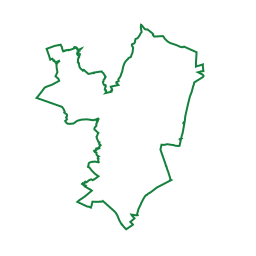 Suceava, Suceava, Romania, rotated 350°
{"feature_id": "2599482B51087359831243", "entity_name": "Suceava", "entity_type": "district", "adm_level": 2, "iso_a3": "ROU", "parent_name": "Romania", "parent_adm1": "Suceava", "projection": "natural_earth1", "projection_center": [26.251, 47.664], "detail": "fine", "context": "isolated", "style": "outline", "palette": "green", "viewbox_px": 256, "rotation_deg": 350, "n_neighbors": 0, "source": "geoboundaries", "source_scale": "gbopen_adm2", "svg_char_len": 5563}
<svg xmlns="http://www.w3.org/2000/svg" viewBox="0 0 256 256"><g transform="rotate(350 128 128)"><path d="M105.0,221.8L105.2,221.7L106.7,224.6L108.6,227.4L115.9,224.2L116.1,224.0L116.0,223.8L114.0,220.9L118.7,218.1L116.6,214.7L116.3,213.9L120.8,215.4L122.3,215.5L122.0,214.4L124.2,209.7L127.9,204.6L127.9,204.3L131.5,199.7L132.9,198.2L134.3,197.2L134.8,197.3L136.2,196.3L139.0,195.3L146.2,191.6L161.5,186.8L160.6,186.2L160.9,185.7L160.4,181.4L159.9,177.6L159.5,175.8L159.1,172.3L158.8,172.2L158.6,169.6L156.2,154.9L158.1,150.3L160.5,150.9L164.1,150.8L166.8,151.8L169.8,152.7L171.8,153.8L174.4,154.4L175.4,154.6L175.7,154.4L178.0,148.7L177.4,148.4L177.7,148.0L178.3,148.3L178.7,147.8L178.4,147.7L178.8,147.6L178.6,147.4L179.9,144.3L180.7,143.0L183.9,134.4L184.1,133.8L183.3,133.1L183.8,132.1L184.6,132.4L185.3,130.4L186.4,126.5L191.4,114.5L194.5,107.6L197.1,103.3L198.1,101.1L198.7,99.9L199.1,98.7L200.1,97.2L201.2,94.6L209.7,91.2L211.2,90.4L211.4,89.4L210.9,88.6L209.8,87.5L209.4,87.4L206.6,85.3L208.1,85.2L209.4,84.9L212.1,85.1L212.5,79.5L212.8,78.4L208.3,79.0L207.0,78.9L205.6,79.3L206.0,76.6L208.7,65.3L197.3,57.6L196.9,57.6L195.9,58.0L194.2,57.4L193.3,57.0L190.3,54.9L184.1,51.5L182.4,50.0L181.8,49.4L179.9,46.7L178.5,43.7L177.9,43.5L169.7,42.5L168.6,40.7L169.1,40.0L168.5,39.0L164.3,34.3L164.1,34.2L163.5,34.3L162.8,34.1L161.7,33.5L159.1,28.8L158.8,28.6L158.4,29.8L158.0,31.9L158.1,35.8L156.9,36.9L155.7,38.6L153.5,40.9L152.3,41.4L151.0,41.6L150.8,41.8L150.2,43.0L150.1,44.1L149.1,45.5L148.1,46.0L146.8,46.1L146.4,46.4L146.1,47.7L146.6,48.5L146.7,49.1L147.0,49.7L146.2,52.5L145.4,54.8L144.7,55.9L144.2,56.4L143.3,58.4L142.1,58.9L141.1,59.1L140.6,59.3L139.8,60.2L139.0,60.5L138.3,61.2L137.1,62.0L135.7,63.7L134.2,66.2L133.7,67.4L133.3,68.2L132.3,71.0L130.2,74.5L130.2,74.8L128.9,76.6L127.4,77.8L127.1,78.3L126.9,78.7L127.0,79.8L126.9,80.3L124.5,80.8L124.4,81.3L124.5,82.0L125.4,82.9L126.0,84.0L118.2,84.3L118.3,84.9L118.9,86.5L119.1,87.6L119.0,87.9L118.2,88.1L118.3,88.6L117.7,88.7L117.8,89.4L111.9,89.7L112.7,89.0L112.8,88.5L113.0,87.6L112.8,87.1L112.6,87.2L112.3,87.1L112.3,86.6L111.8,86.2L112.2,84.8L112.9,84.1L113.1,83.4L113.4,83.1L113.4,82.1L113.3,81.8L112.2,81.8L111.9,81.5L111.4,79.9L111.3,78.2L112.0,77.7L112.4,76.3L113.5,75.5L113.9,75.0L114.3,74.6L114.4,74.4L114.2,74.0L114.8,73.5L114.3,72.7L114.3,72.3L113.9,71.6L113.3,69.8L112.5,69.0L111.8,67.7L103.9,67.5L103.8,68.0L102.8,67.8L98.6,67.9L98.3,67.8L94.5,63.0L94.2,63.0L93.9,63.5L93.6,63.7L93.4,63.2L92.4,62.3L91.3,60.7L90.8,59.3L90.9,57.8L90.7,57.3L90.7,56.5L91.0,55.7L90.0,54.8L90.0,54.5L90.4,53.6L90.5,52.6L90.5,52.2L90.8,51.6L90.7,51.3L91.3,50.7L91.4,50.4L92.2,49.8L92.3,49.6L92.0,48.9L92.5,48.5L93.3,47.5L93.5,47.0L93.2,46.8L92.2,46.7L91.5,47.3L91.1,47.3L91.0,47.1L91.3,47.0L91.1,46.2L91.5,46.1L90.9,45.7L91.2,45.3L91.3,44.9L92.1,44.8L91.8,44.2L92.2,44.0L92.3,43.6L93.1,43.3L93.6,43.5L93.8,42.8L95.7,41.8L95.8,41.7L93.0,42.4L92.7,42.2L92.3,42.2L92.0,41.9L91.7,41.8L91.8,41.2L91.4,41.1L91.2,40.8L91.6,40.4L91.5,40.2L91.0,40.1L90.9,39.6L90.5,39.3L90.3,39.3L90.1,39.6L89.8,39.6L90.0,39.2L89.7,39.0L88.9,39.3L88.9,39.5L89.2,40.1L86.7,40.7L82.9,41.1L82.8,40.7L81.2,40.8L81.1,40.6L79.0,40.8L78.9,41.2L77.5,41.3L77.2,40.1L76.9,38.0L76.9,36.6L76.5,35.8L76.2,34.3L70.2,34.4L61.6,35.9L62.8,43.2L63.3,47.2L65.5,46.6L65.8,47.1L66.3,48.9L67.1,48.7L68.0,50.9L71.7,49.9L71.8,50.5L70.4,50.8L70.1,51.4L69.3,52.3L68.6,52.5L68.2,56.3L68.2,60.7L65.6,64.5L68.0,67.4L68.4,69.6L60.6,72.2L58.8,72.6L57.2,72.7L53.0,73.7L49.0,77.5L44.6,81.4L43.2,82.5L66.8,95.8L68.0,98.6L68.5,101.0L67.9,101.7L68.7,102.5L68.9,102.9L70.0,103.8L70.2,104.3L70.1,105.2L69.8,106.0L69.4,106.7L68.9,106.8L69.2,108.5L69.4,108.8L68.8,109.4L67.3,110.2L68.0,111.8L68.7,112.8L69.4,113.3L71.4,113.8L74.9,114.1L76.5,113.5L78.2,112.5L79.9,112.0L83.6,111.7L88.8,112.3L91.9,113.2L93.9,114.0L95.4,114.3L97.4,114.1L100.2,113.5L100.4,113.6L100.5,114.0L100.1,114.3L100.2,114.7L99.7,115.4L99.5,115.5L99.0,115.2L98.4,115.4L98.3,115.8L98.5,116.0L99.0,116.2L99.1,116.5L97.5,118.3L97.4,118.7L97.5,119.3L97.2,119.8L97.3,120.2L96.4,121.1L95.5,121.6L94.7,122.8L94.7,123.7L95.9,125.0L96.2,125.6L98.0,127.8L97.2,128.6L96.1,130.5L95.4,131.3L95.6,131.8L95.5,132.5L96.4,136.4L97.4,137.1L97.1,137.6L97.1,138.1L96.8,138.6L97.2,138.9L97.3,139.4L98.1,140.1L98.1,140.3L97.5,140.7L96.9,140.9L96.3,141.7L95.9,142.1L96.3,142.6L96.4,142.9L96.3,143.0L95.3,142.6L94.7,142.6L95.0,142.9L94.7,143.3L94.4,143.4L94.2,143.1L93.7,143.2L92.8,143.8L92.9,144.1L92.7,144.2L92.3,144.1L92.2,143.8L91.6,144.5L91.2,144.8L90.9,144.8L91.0,145.0L90.8,145.3L91.2,145.9L92.6,146.5L92.7,146.9L92.4,147.1L92.3,147.5L92.5,148.0L92.5,149.3L94.1,150.8L93.6,150.9L93.5,151.0L93.3,151.7L93.4,152.5L93.1,152.6L93.6,153.4L93.1,154.2L93.1,154.5L93.0,155.0L93.1,155.4L93.2,156.6L92.9,156.7L92.4,156.2L92.0,156.2L91.7,156.0L90.8,155.9L89.7,155.3L87.7,155.3L87.6,155.1L86.1,155.0L84.7,155.3L83.9,155.5L83.3,155.9L82.8,157.0L82.7,157.8L81.8,159.3L83.2,160.3L84.8,163.5L87.6,167.5L90.5,170.4L86.6,172.4L85.3,172.9L85.2,172.8L84.1,173.3L83.1,172.3L82.5,172.2L81.4,172.4L80.8,172.7L80.5,172.7L77.7,174.3L76.6,173.4L75.4,174.2L74.8,174.8L75.2,175.1L74.6,175.5L74.4,175.5L74.0,175.1L73.6,174.6L73.0,175.1L73.7,175.8L73.8,175.8L74.3,176.3L74.4,176.2L75.2,177.0L75.3,177.1L75.1,177.3L75.3,177.5L76.2,177.2L76.5,177.5L75.6,178.3L80.9,182.7L81.5,183.4L73.5,188.0L67.0,190.9L65.3,192.0L74.3,198.3L75.8,198.7L77.6,200.0L78.6,198.2L80.2,194.4L85.0,195.4L88.2,195.8L88.2,195.7L90.5,196.0L90.7,195.7L100.1,207.6L101.0,209.0L102.2,211.8L103.5,217.7L104.5,220.5L105.0,221.8Z" fill="none" stroke="#15803d" stroke-width="2"/></g></svg>